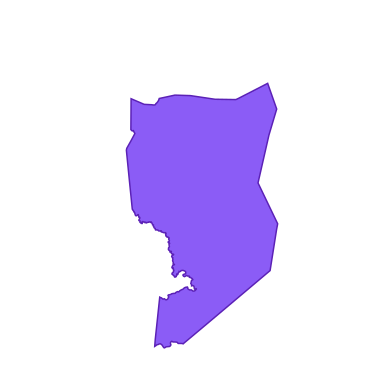 outline of Dulce Nombre de Culmi, Olancho, Honduras, rotated 50°
{"feature_id": "27666195B72562154839723", "entity_name": "Dulce Nombre de Culmi", "entity_type": "district", "adm_level": 2, "iso_a3": "HND", "parent_name": "Honduras", "parent_adm1": "Olancho", "projection": "orthographic", "projection_center": [-85.246, 15.042], "detail": "fine", "context": "isolated", "style": "filled", "palette": "violet", "viewbox_px": 384, "rotation_deg": 50, "n_neighbors": 0, "source": "geoboundaries", "source_scale": "gbopen_adm2", "svg_char_len": 5931}
<svg xmlns="http://www.w3.org/2000/svg" viewBox="0 0 384 384"><g transform="rotate(50 192 192)"><path d="M157.4,64.2L150.1,96.4L149.4,99.0L135.7,114.8L117.1,131.3L106.8,142.8L99.3,157.0L99.7,157.6L100.3,158.7L100.8,160.0L101.1,161.6L101.1,162.9L101.4,163.4L101.4,163.7L101.5,164.2L101.4,164.5L101.1,164.9L100.6,165.5L100.2,166.0L99.5,166.5L94.1,172.3L81.4,178.7L104.9,198.7L105.1,198.6L106.1,198.7L106.3,198.7L106.7,198.4L107.1,198.2L107.2,197.5L107.3,197.4L108.8,197.9L109.9,198.0L110.5,198.2L113.5,205.7L116.6,213.9L117.8,215.4L144.0,233.3L166.8,248.8L167.2,248.7L167.6,248.9L168.2,249.0L168.6,248.9L169.3,249.1L169.6,249.0L169.8,249.3L170.0,249.3L170.6,249.2L171.2,249.3L171.4,249.4L171.7,249.6L172.3,249.8L172.8,250.1L173.5,250.3L173.9,250.3L174.2,250.2L174.5,249.8L174.6,249.1L174.5,248.2L174.7,247.8L174.9,247.7L175.6,248.2L176.4,248.5L176.9,248.8L177.2,248.9L177.6,248.9L177.5,248.6L177.6,248.4L177.9,248.4L178.1,248.5L178.8,249.2L179.1,250.0L179.3,250.7L179.5,250.9L180.2,250.9L180.6,250.5L180.8,250.4L181.1,250.6L181.7,251.3L181.9,251.3L182.3,251.0L182.7,251.1L183.0,251.1L183.2,250.6L183.9,250.7L184.0,250.6L184.1,250.4L184.0,250.2L183.6,250.0L183.5,249.5L182.9,249.5L182.8,249.4L182.9,249.2L183.3,249.3L183.4,249.2L183.1,248.9L183.1,248.6L183.7,248.5L184.0,248.1L184.1,247.9L184.6,247.8L185.3,247.7L185.2,247.2L185.4,246.9L185.8,246.8L186.3,246.8L186.4,246.7L186.5,246.6L186.5,246.0L186.7,245.7L187.0,245.0L187.4,244.6L187.3,244.1L187.7,243.6L188.3,243.4L188.4,242.8L188.7,242.5L188.9,242.5L189.1,242.5L189.1,242.9L189.2,243.0L189.4,242.9L189.7,242.7L189.9,242.7L191.1,242.9L191.7,243.3L191.9,243.2L192.4,242.8L192.5,242.9L192.9,243.3L193.1,243.5L193.9,243.4L194.6,243.9L195.4,244.0L196.3,243.6L196.8,244.0L197.5,244.3L197.8,244.2L198.0,243.6L198.7,243.2L199.2,242.6L200.1,242.6L200.6,242.4L201.2,241.6L201.7,240.8L201.9,240.6L202.0,240.6L202.4,241.2L203.0,241.1L203.2,240.9L203.4,240.7L203.9,240.4L204.4,240.2L204.6,240.1L205.2,239.6L205.9,238.6L206.2,238.4L206.5,238.4L207.0,238.5L207.1,239.2L207.5,239.4L208.3,239.6L208.6,240.2L208.8,240.3L209.6,240.0L209.9,240.0L210.5,240.1L210.8,239.5L211.0,239.4L211.5,239.5L211.9,239.3L212.0,239.1L212.6,239.1L212.8,239.3L212.8,239.8L213.2,240.2L213.6,240.4L214.4,240.4L214.7,240.6L214.7,240.8L215.0,241.1L215.2,241.4L215.1,241.7L214.9,242.2L215.0,242.3L215.1,242.5L215.3,242.6L215.8,242.6L216.0,242.5L216.2,242.2L216.3,242.1L216.8,242.1L217.1,242.3L217.1,242.9L217.1,243.1L218.5,244.0L219.4,244.5L219.5,244.7L219.6,245.5L219.8,246.0L220.7,246.8L221.0,247.1L221.4,247.1L222.0,247.1L222.3,246.9L222.9,246.9L223.1,247.0L223.6,247.3L223.8,247.4L223.9,247.2L224.0,246.3L224.1,246.1L224.5,246.2L224.7,246.8L224.9,247.0L225.0,247.1L225.5,247.1L226.0,247.2L226.8,246.9L227.7,246.3L227.9,246.2L228.1,246.3L228.2,246.5L228.2,246.9L228.1,247.1L227.7,247.6L228.0,248.4L228.2,248.9L228.5,249.1L228.8,249.2L229.1,249.1L229.5,249.1L229.8,249.0L230.1,249.0L230.6,249.7L231.1,249.9L231.6,250.2L232.1,251.0L232.8,251.3L233.7,251.5L234.1,251.8L234.4,252.2L234.7,252.4L235.2,252.4L235.9,252.1L236.2,252.1L236.3,252.4L236.1,252.9L236.0,253.3L235.7,253.6L236.7,255.7L236.9,255.9L237.1,256.0L237.6,255.4L237.7,255.2L237.9,255.2L238.0,255.3L238.4,256.0L238.6,255.9L238.9,255.7L239.2,255.7L239.5,255.9L239.9,256.4L240.5,256.4L240.8,256.8L240.9,257.4L241.3,257.8L241.4,258.0L241.5,258.3L241.3,259.1L241.7,259.8L241.9,260.1L242.7,259.9L244.7,259.8L245.0,259.7L245.3,259.5L245.5,259.4L245.7,259.5L246.0,259.9L246.3,259.7L246.6,258.9L246.6,258.7L246.6,258.4L246.1,257.7L245.9,257.2L245.1,256.5L245.1,256.4L245.1,256.2L245.9,256.0L246.0,256.0L246.0,255.8L245.2,254.6L245.0,253.4L244.6,253.0L245.1,252.7L245.3,252.2L245.4,251.6L245.2,251.1L245.2,250.8L245.3,250.6L245.7,250.2L246.0,249.5L246.3,249.2L247.0,248.9L247.6,248.4L248.9,248.2L249.3,248.3L250.2,249.1L250.4,249.3L250.5,249.5L250.4,249.7L249.9,250.8L249.8,251.2L249.6,251.8L249.7,252.0L249.9,252.4L250.1,252.5L251.1,252.6L251.6,252.4L252.0,252.2L252.1,251.9L252.2,251.5L252.5,249.8L252.7,249.7L253.2,249.5L253.7,249.3L254.3,248.5L254.7,248.3L254.8,248.2L255.0,248.2L255.4,248.8L255.7,248.8L255.9,248.7L256.7,248.0L257.6,247.9L258.2,247.6L259.5,247.6L259.7,247.8L259.7,248.0L259.4,249.0L259.5,249.3L260.3,250.4L260.7,250.8L261.2,251.6L261.4,251.8L261.7,251.8L262.8,251.9L263.0,252.1L263.7,252.7L263.8,252.6L263.8,252.2L264.0,251.7L265.0,251.1L265.7,251.2L267.5,252.3L268.0,252.5L268.4,252.3L268.5,252.0L268.5,251.7L268.5,251.3L268.5,251.1L268.8,250.9L269.1,251.0L269.2,251.3L269.5,253.0L269.3,253.8L268.7,254.8L268.3,255.0L267.5,255.2L267.1,255.3L266.4,255.5L265.8,256.5L265.6,256.7L265.3,256.9L264.8,257.0L264.1,257.3L263.8,257.3L263.3,257.3L263.1,257.2L262.5,256.7L262.1,256.6L261.8,256.6L261.6,256.9L261.5,257.3L261.2,257.6L260.8,258.4L260.5,259.5L260.6,260.6L260.6,261.8L260.3,262.3L260.0,263.5L259.9,264.3L259.8,265.1L260.0,265.9L260.0,266.2L259.9,266.4L259.2,266.9L259.0,267.1L258.7,268.2L258.6,268.6L258.6,269.0L258.8,269.9L258.7,270.2L258.0,271.0L257.7,271.6L257.1,272.5L256.9,273.0L256.8,274.0L256.2,275.4L255.8,275.9L255.7,276.4L255.7,276.7L256.0,277.0L256.4,277.1L257.3,277.2L257.5,277.4L257.9,278.5L258.2,279.0L258.4,279.5L258.3,280.3L258.2,280.7L257.9,281.2L257.5,281.4L257.2,281.6L256.3,281.7L256.0,281.8L255.8,282.1L255.7,282.7L255.0,283.3L254.8,283.3L253.5,283.4L252.7,283.9L251.8,284.3L281.5,315.1L286.3,319.8L286.5,318.3L286.4,317.4L287.2,315.6L287.2,315.1L287.8,314.0L288.1,313.7L288.5,313.6L290.0,313.3L292.3,313.6L293.1,313.6L293.5,313.5L293.7,313.3L293.8,313.0L294.0,311.3L295.9,308.5L296.0,308.1L295.9,307.7L295.7,306.8L295.6,306.5L295.5,306.4L294.0,305.8L293.6,305.3L293.4,305.0L293.4,304.6L293.2,304.0L293.2,303.8L293.3,303.6L293.8,303.2L294.4,303.1L294.7,302.9L296.2,301.2L297.2,300.2L297.9,299.9L298.8,300.0L299.2,299.9L301.0,297.7L302.0,296.7L302.3,296.4L302.6,296.4L302.6,260.3L302.4,182.7L275.0,151.2L271.4,146.8L227.5,135.6L197.8,96.4L182.9,73.8L157.4,64.2Z" fill="#8b5cf6" stroke="#5b21b6" stroke-width="1.5"/></g></svg>